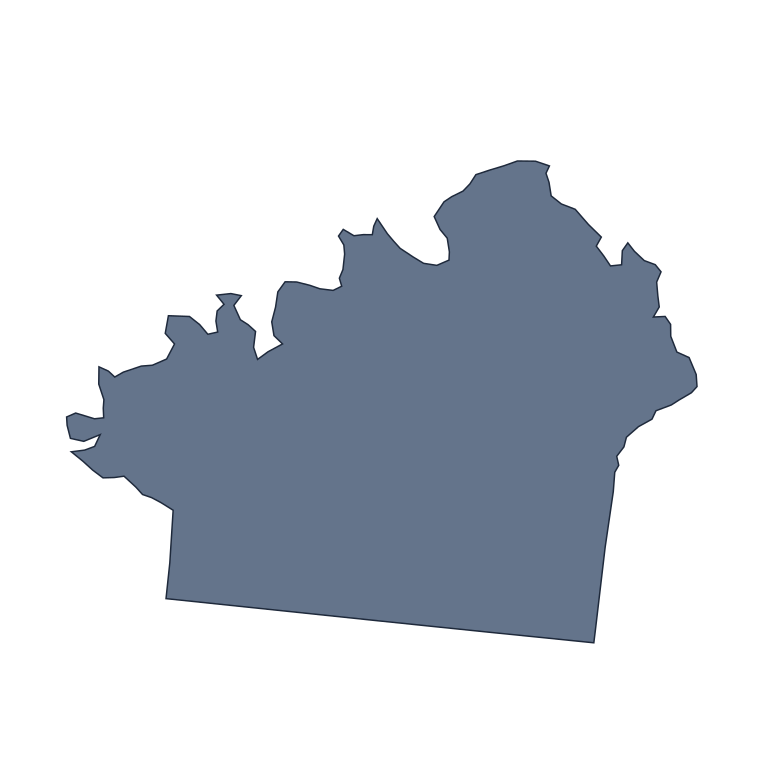 the district of Uraí, Paraná, Brazil, rotated 277°
{"feature_id": "56859067B91534490521731", "entity_name": "Uraí", "entity_type": "district", "adm_level": 2, "iso_a3": "BRA", "parent_name": "Brazil", "parent_adm1": "Paraná", "projection": "robinson", "projection_center": [-50.799, -23.207], "detail": "fine", "context": "isolated", "style": "filled", "palette": "slate", "viewbox_px": 768, "rotation_deg": 277, "n_neighbors": 0, "source": "geoboundaries", "source_scale": "gbopen_adm2", "svg_char_len": 1878}
<svg xmlns="http://www.w3.org/2000/svg" viewBox="0 0 768 768"><g transform="rotate(277 384 384)"><path d="M535.5,638.7L538.2,627.3L546.2,616.4L553.8,608.8L545.4,604.3L531.3,605.3L528.8,594.4L537.9,586.5L546.7,577.9L556.3,581.8L567.3,567.4L580.7,552.5L584.3,538.1L591.1,527.0L604.3,523.2L612.9,519.1L620.6,521.6L623.6,507.2L621.6,489.2L615.1,476.2L609.2,462.8L603.0,449.7L593.1,444.9L585.1,438.9L578.2,428.4L572.2,421.4L556.3,413.4L544.2,420.8L536.4,429.0L523.1,432.8L514.9,433.4L508.2,422.0L508.6,408.6L513.6,397.5L520.6,383.5L527.0,376.1L533.5,369.1L547.3,357.1L539.4,354.6L530.8,354.2L529.7,345.1L527.5,336.1L532.5,324.7L525.3,320.8L517.1,327.2L508.1,329.1L492.6,329.3L483.6,326.8L475.9,330.1L470.7,322.1L470.7,308.7L472.9,298.4L474.6,284.9L473.4,273.4L462.5,267.4L447.1,267.0L432.0,265.0L418.6,268.9L411.4,278.4L401.9,265.0L393.0,255.5L404.5,250.1L420.5,250.1L426.3,241.9L430.3,233.6L443.7,225.4L454.3,231.6L455.1,221.0L451.8,207.0L443.6,215.5L436.2,209.5L426.0,209.5L415.3,212.6L411.9,203.1L420.5,193.8L427.3,182.7L425.5,161.7L407.6,160.7L398.2,171.2L382.3,165.2L374.4,151.8L372.2,140.9L364.0,123.8L358.1,115.9L363.2,108.9L366.3,99.0L349.1,100.9L334.3,107.9L325.8,108.3L316.3,109.9L314.2,100.9L317.6,81.5L312.6,73.0L304.4,74.5L291.8,79.4L290.5,93.0L299.2,108.5L286.8,104.4L281.9,94.9L278.6,81.9L270.7,94.5L263.0,105.4L256.6,116.5L258.3,127.7L260.8,137.2L251.4,150.3L244.9,157.8L242.9,167.2L239.0,177.3L233.0,190.1L180.6,193.2L144.4,193.8L148.3,409.9L149.3,461.4L150.5,521.6L152.7,623.8L165.9,623.8L249.0,623.4L305.2,624.7L324.5,623.8L331.9,626.9L340.6,623.8L350.8,629.8L360.7,631.1L372.7,641.8L381.8,654.3L390.6,657.2L398.2,671.7L404.0,678.7L412.8,690.2L419.6,695.0L431.5,692.7L447.4,683.6L451.4,670.8L466.3,662.8L478.1,661.2L485.3,654.8L483.3,643.2L494.0,647.8L504.7,645.1L518.4,642.2L529.1,645.3L535.5,638.7Z" fill="#64748b" stroke="#1e293b" stroke-width="1.5"/></g></svg>